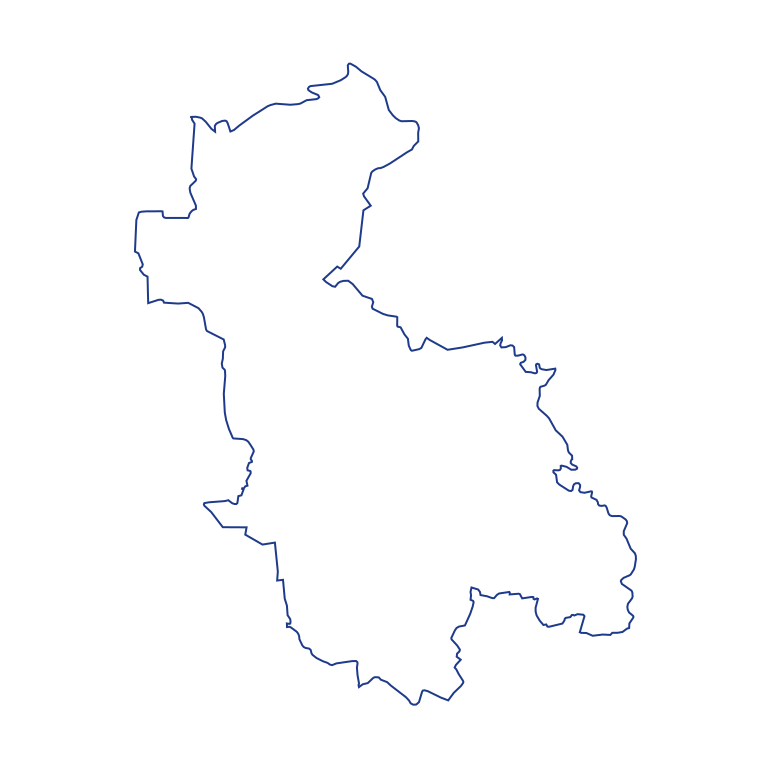 outline of Dong Son, Thanh Hóa, Vietnam, rotated 176°
{"feature_id": "81297802B98540731986743", "entity_name": "Dong Son", "entity_type": "district", "adm_level": 2, "iso_a3": "VNM", "parent_name": "Vietnam", "parent_adm1": "Thanh Hóa", "projection": "mercator", "projection_center": [105.69, 19.795], "detail": "fine", "context": "isolated", "style": "outline", "palette": "blue", "viewbox_px": 768, "rotation_deg": 176, "n_neighbors": 0, "source": "geoboundaries", "source_scale": "gbopen_adm2", "svg_char_len": 6120}
<svg xmlns="http://www.w3.org/2000/svg" viewBox="0 0 768 768"><g transform="rotate(176 384 384)"><path d="M497.7,148.3L495.2,148.4L494.0,147.8L488.4,143.0L486.9,140.7L486.2,138.0L486.2,135.5L485.4,133.3L483.7,128.9L482.4,127.2L480.7,126.2L477.0,125.2L475.7,123.8L475.1,120.4L474.2,118.8L470.5,115.4L464.3,111.7L459.7,109.7L457.4,107.8L455.3,107.2L451.0,108.6L435.0,109.8L431.2,109.6L430.0,108.4L429.9,107.0L430.8,103.0L430.7,95.2L429.8,86.9L430.4,85.5L430.1,83.4L426.2,85.9L421.0,86.8L415.2,91.6L413.4,92.2L409.7,91.7L407.7,89.2L401.7,86.4L398.1,82.6L383.9,70.0L381.1,66.5L379.7,63.6L377.3,62.1L375.6,62.0L374.2,62.0L371.3,64.2L367.4,74.5L366.6,75.5L364.9,75.6L361.9,74.6L349.3,67.3L342.0,63.9L336.0,71.0L328.4,77.3L325.9,80.3L325.6,81.6L326.1,82.8L329.7,89.4L331.8,94.3L333.3,96.2L331.9,98.7L326.7,103.6L330.5,106.9L329.9,109.9L327.4,112.0L326.8,113.7L329.2,118.0L334.4,124.5L334.6,125.9L330.5,133.2L328.6,135.6L326.0,136.8L320.1,137.5L314.1,148.6L311.1,155.7L309.8,160.1L310.2,161.4L312.7,162.7L311.9,167.2L312.2,170.5L310.9,174.9L304.4,172.4L302.8,169.9L302.4,166.7L296.1,165.1L290.8,162.8L289.1,162.7L286.0,165.8L283.8,167.0L273.5,167.8L273.1,167.1L273.3,165.3L264.4,165.4L263.2,165.0L261.1,160.5L251.2,161.3L249.9,161.0L249.8,159.2L248.9,158.6L246.3,159.4L245.4,158.9L248.4,150.2L248.6,146.2L247.9,142.5L245.2,137.1L241.8,132.5L238.9,132.8L237.9,130.6L236.3,130.3L222.7,132.6L220.5,135.5L220.0,137.2L219.0,138.0L214.3,138.5L212.8,140.4L211.6,140.5L210.4,139.8L206.9,140.9L201.2,139.9L200.2,138.4L206.0,122.7L204.7,122.0L199.5,121.5L193.4,118.3L183.3,118.8L175.7,117.9L173.6,119.9L168.6,119.5L163.4,120.0L158.5,123.1L156.5,123.4L155.9,128.1L151.6,133.6L151.4,134.8L151.9,135.6L155.5,139.0L156.6,141.9L156.8,144.7L156.0,147.7L151.5,152.9L150.8,154.7L150.8,158.7L151.5,160.6L160.7,168.0L161.5,170.9L161.0,171.9L158.5,173.9L152.0,176.2L151.0,177.0L147.7,181.5L146.7,183.9L144.9,191.6L144.8,195.0L145.5,197.6L149.4,202.5L152.9,212.9L155.3,216.8L155.1,220.4L151.1,228.2L151.3,230.3L152.4,232.0L156.4,235.3L158.3,235.9L165.7,236.3L168.0,237.4L169.1,239.2L170.5,245.2L171.4,247.0L172.4,247.5L175.3,247.2L177.7,247.7L178.8,249.1L179.0,251.3L180.1,253.6L184.9,256.3L185.2,257.4L184.0,261.3L184.1,262.2L184.9,262.5L191.5,261.5L195.6,262.4L196.8,264.3L195.6,267.6L195.4,269.6L196.8,271.5L199.6,271.6L201.3,270.8L202.4,269.0L203.3,265.2L204.8,264.2L207.1,264.7L216.3,271.6L218.2,273.9L218.7,281.5L221.1,284.0L221.1,285.7L220.5,286.2L215.9,285.7L214.5,286.0L213.5,287.3L213.4,290.0L212.5,290.2L207.6,288.6L203.2,285.4L199.2,285.2L197.4,286.0L197.1,286.9L197.9,288.4L201.9,290.5L203.2,292.1L203.1,293.7L202.1,295.6L201.5,295.8L201.4,299.4L204.4,302.8L205.1,305.1L205.4,310.6L209.6,319.0L215.9,325.8L221.7,338.2L223.9,341.0L231.3,348.5L232.5,351.4L232.1,354.9L229.4,361.3L229.1,368.2L228.7,369.6L228.1,370.3L224.2,371.1L222.6,371.9L219.5,376.4L214.3,381.5L212.0,386.0L212.1,387.4L221.0,386.6L225.5,387.7L227.1,388.7L227.5,389.4L227.9,392.7L229.6,393.5L230.7,393.1L231.1,392.2L230.4,385.5L231.1,384.4L232.7,384.1L236.6,385.5L241.8,386.2L246.8,394.2L246.1,395.6L243.2,396.4L241.3,398.1L241.0,400.5L241.9,402.7L243.1,403.7L244.0,403.8L248.4,402.9L250.9,403.1L251.5,404.0L251.6,411.7L253.1,413.4L255.2,413.8L259.9,412.3L264.3,412.3L265.4,414.4L264.9,416.3L263.2,419.4L263.2,421.8L270.4,416.2L272.8,418.5L280.9,418.2L303.1,415.0L318.2,413.7L335.4,424.8L338.2,427.1L339.5,425.7L344.2,417.4L346.6,416.3L353.8,415.2L354.9,416.0L356.6,420.5L357.0,427.5L360.1,432.0L363.5,439.4L366.4,440.3L366.8,441.2L366.1,449.7L366.9,450.3L375.5,452.2L380.1,454.0L390.1,459.9L390.7,461.9L389.0,466.4L390.1,469.7L399.3,473.6L408.3,485.9L412.5,489.5L417.2,489.7L420.7,489.0L422.7,487.9L426.0,484.4L428.7,485.2L434.7,489.8L437.2,492.6L422.5,504.4L419.1,502.0L399.1,522.9L392.4,558.7L384.8,562.8L390.9,572.7L391.5,575.4L386.7,580.4L382.0,595.5L380.7,596.9L377.8,598.6L375.0,599.6L372.1,599.7L369.2,600.6L362.8,603.5L345.0,613.5L339.8,616.0L337.6,619.5L332.9,623.6L332.4,632.2L331.3,636.8L331.9,639.9L333.4,642.9L334.9,643.8L337.6,644.4L348.2,644.9L350.4,645.8L353.7,648.4L356.5,651.5L360.1,657.0L362.8,670.4L367.2,677.4L370.0,685.8L371.8,688.2L373.7,689.7L384.6,697.4L389.9,702.5L395.1,705.9L396.6,706.0L397.9,704.4L397.9,698.0L398.3,695.8L399.3,694.2L400.9,692.8L406.1,690.0L414.8,687.1L436.6,686.3L438.2,685.5L439.3,683.9L438.9,682.4L435.7,679.9L429.5,676.8L428.6,674.6L429.9,673.5L431.5,672.9L441.4,672.5L447.8,669.6L450.5,669.2L457.9,669.1L472.4,671.2L477.7,670.2L480.7,669.2L496.2,660.8L510.5,651.8L516.0,647.8L519.6,646.6L521.7,654.9L522.7,657.1L524.0,657.8L527.1,657.7L532.0,656.0L533.5,655.0L534.8,653.2L534.9,647.5L538.3,650.5L543.5,658.0L546.9,661.6L548.7,662.5L552.9,663.7L558.6,663.9L557.2,663.3L557.0,660.9L554.8,656.9L561.1,612.3L559.0,604.3L557.1,601.4L557.6,599.9L563.4,595.1L564.2,593.0L564.2,591.5L563.8,588.2L559.2,575.1L559.4,571.7L562.1,571.0L564.0,569.7L566.0,567.5L567.4,563.8L568.0,563.3L590.2,564.9L591.9,565.6L592.8,567.0L592.9,571.6L593.4,571.8L608.9,572.8L613.8,572.8L616.6,572.2L619.6,564.9L623.2,533.5L619.9,531.5L616.3,520.2L617.0,517.9L619.3,516.5L619.4,514.7L616.0,509.8L612.4,507.6L613.6,481.1L603.1,483.7L600.7,483.7L598.5,482.6L597.8,480.5L583.8,478.6L573.6,478.6L563.8,472.6L560.9,468.8L559.8,466.6L559.0,463.2L557.7,450.9L556.9,449.2L540.8,439.6L539.8,433.8L539.9,431.7L542.2,427.8L543.0,420.5L544.4,415.7L544.0,411.6L541.9,409.3L541.7,408.0L541.8,403.1L544.5,385.3L544.8,366.7L544.0,359.1L541.8,349.9L538.6,340.7L538.0,340.2L528.6,338.9L525.5,337.7L523.4,335.9L521.4,332.5L518.8,327.6L518.6,325.8L522.0,319.5L522.2,318.2L521.1,316.5L521.2,315.5L524.2,314.6L526.3,309.8L526.1,307.4L523.6,306.6L523.2,306.1L523.2,304.3L528.0,297.0L527.3,292.1L529.5,291.6L531.4,289.4L532.6,289.9L532.9,289.3L531.5,288.5L534.0,282.9L537.1,282.3L538.6,275.4L539.7,274.6L541.5,274.7L543.8,275.7L547.4,278.9L551.0,278.3L566.8,278.2L571.5,277.7L572.1,276.6L571.7,275.1L565.3,268.3L554.8,252.4L531.1,250.6L532.9,243.4L516.4,232.3L503.9,233.4L503.0,204.3L504.3,195.4L498.4,195.7L498.0,176.8L496.3,169.6L496.3,160.1L494.0,156.1L493.8,153.9L494.2,151.6L495.0,151.3L497.6,151.9L497.7,148.3Z" fill="none" stroke="#1e3a8a" stroke-width="2"/></g></svg>